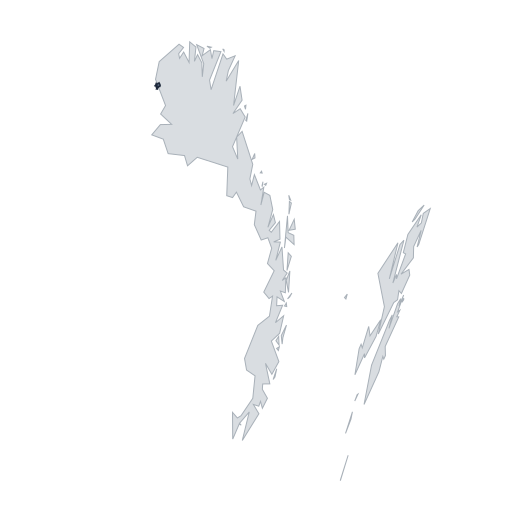 location of Grimstad nor, Aust-Agder, Norway, rotated 109°
{"feature_id": "86288312B29149661311008", "entity_name": "Grimstad nor", "entity_type": "district", "adm_level": 2, "iso_a3": "NOR", "parent_name": "Norway", "parent_adm1": "Aust-Agder", "projection": "equal_earth", "projection_center": [8.556, 58.369], "detail": "fine", "context": "in_parent", "style": "filled", "palette": "slate", "viewbox_px": 512, "rotation_deg": 109, "n_neighbors": 0, "source": "geoboundaries", "source_scale": "gbopen_adm2", "svg_char_len": 5813}
<svg xmlns="http://www.w3.org/2000/svg" viewBox="0 0 512 512"><g transform="rotate(109 256 256)"><path d="M308.5,223.7L288.5,227.3L292.0,229.8L287.6,236.9L264.0,234.0L259.4,242.7L243.5,243.7L234.9,250.7L239.2,256.3L226.9,267.8L213.6,270.6L213.5,283.7L202.0,295.3L208.4,297.2L208.5,303.3L181.1,311.6L181.8,343.7L193.0,350.1L184.3,356.3L187.8,372.4L175.7,381.7L175.4,394.0L162.9,389.2L159.0,378.6L152.8,392.4L143.2,390.5L121.7,408.5L103.7,410.8L80.8,397.7L82.4,392.4L89.9,395.0L94.0,392.6L86.7,390.8L94.8,382.3L75.1,388.4L78.0,380.8L92.0,377.6L84.6,376.8L91.0,370.1L104.1,365.1L91.2,368.0L75.5,380.9L76.7,372.7L84.1,372.1L75.8,366.3L83.7,361.9L75.6,362.8L74.2,355.7L104.8,357.2L113.4,352.6L75.7,353.0L79.4,347.8L73.5,340.9L89.7,342.5L100.4,341.1L76.8,336.0L121.0,326.2L100.7,326.4L113.2,319.9L128.8,324.2L121.9,318.9L128.1,311.5L160.3,313.8L170.3,304.8L149.9,313.0L142.7,309.7L170.4,288.9L185.1,286.9L190.8,283.1L179.6,284.0L192.1,273.3L188.4,271.0L206.2,268.0L193.1,269.0L194.2,262.6L206.6,255.3L225.0,254.1L211.2,253.0L218.2,248.5L227.4,251.9L228.6,249.3L215.7,245.0L232.3,238.8L236.9,243.9L234.9,237.5L253.7,235.9L239.0,234.4L260.3,225.4L262.0,221.0L270.6,223.2L266.9,220.7L281.2,216.3L281.2,221.6L289.8,214.4L287.8,222.8L296.3,220.3L293.9,214.8L312.7,215.9L303.5,210.4L321.4,208.5L331.4,213.8L348.4,200.0L362.7,202.5L354.4,212.1L372.4,201.3L374.8,208.0L380.0,206.6L386.8,198.9L397.9,200.4L392.0,204.4L397.1,204.5L397.2,210.2L404.2,201.9L434.9,208.9L405.6,211.6L419.4,217.1L436.7,218.4L411.5,227.3L415.2,220.9L412.0,218.2L391.6,212.7L369.6,217.9L366.9,227.8L356.6,233.5L321.0,231.7L308.5,223.7ZM224.0,104.4L244.1,106.3L242.3,109.6L251.3,107.9L255.2,110.6L290.0,115.0L262.1,118.1L232.7,135.1L197.3,126.1L234.2,122.5L198.3,123.6L192.9,121.3L237.0,117.8L227.7,117.1L231.8,115.7L205.3,115.2L204.9,117.8L186.1,119.4L163.2,113.2L176.3,113.2L170.9,110.4L161.2,111.7L154.4,106.7L192.1,105.9L195.0,106.6L178.0,108.2L195.7,110.0L206.5,106.6L226.0,113.0L218.9,107.0L224.0,104.4ZM267.1,101.2L299.5,104.4L308.0,101.2L311.9,101.6L309.7,103.4L325.5,102.1L361.2,105.5L321.6,111.2L273.1,108.8L267.3,108.0L281.1,106.7L255.2,106.6L249.2,105.3L256.6,104.5L244.8,103.7L262.6,103.9L260.4,102.3L267.6,103.1L267.1,101.2ZM292.9,116.3L317.0,120.2L313.0,121.6L336.1,123.8L310.1,128.3L305.2,127.9L308.2,125.6L285.9,126.5L294.4,122.2L275.6,117.3L292.9,116.3ZM228.4,233.9L239.2,231.7L207.8,239.3L223.5,233.2L224.1,227.0L232.8,223.7L228.4,233.9ZM244.8,222.5L259.6,222.0L242.5,226.6L244.8,222.5ZM259.1,219.1L279.8,213.4L269.1,219.5L259.1,219.1ZM153.1,113.6L169.2,117.6L173.0,119.4L160.3,117.4L153.1,113.6ZM217.9,227.6L220.9,233.1L208.9,231.8L217.9,227.6ZM330.8,202.6L323.0,206.2L311.4,204.7L324.5,204.0L330.8,202.6ZM332.7,205.2L329.6,209.6L324.6,208.4L332.7,205.2ZM194.4,239.8L205.8,238.5L193.5,242.2L194.4,239.8ZM440.1,103.3L414.4,104.0L441.0,103.1L440.1,103.3ZM379.5,113.1L394.6,113.6L371.9,114.1L379.5,113.1ZM355.9,199.7L364.3,198.7L367.2,199.6L355.9,199.7ZM338.1,204.1L336.7,206.4L334.2,204.4L338.1,204.1ZM293.8,210.5L294.0,212.8L290.6,212.0L293.8,210.5ZM267.4,157.0L266.5,158.8L262.3,157.3L267.4,157.0ZM361.0,115.4L354.1,115.2L353.3,114.6L361.0,115.4ZM163.6,288.9L165.9,291.1L159.5,290.6L163.6,288.9ZM279.3,210.0L283.7,210.8L286.3,212.2L279.3,210.0ZM249.3,102.1L252.3,102.9L247.7,102.6L249.3,102.1ZM131.2,309.8L123.8,310.1L131.5,308.7L131.2,309.8ZM120.7,313.7L117.9,315.7L116.7,314.6L120.7,313.7ZM191.7,242.8L187.9,244.8L191.9,241.4L191.7,242.8ZM74.5,367.3L73.6,370.7L73.1,366.2L74.5,367.3ZM185.5,271.5L183.8,269.7L186.0,269.8L185.5,271.5ZM420.8,214.9L420.3,216.8L419.9,216.5L420.8,214.9ZM187.6,273.2L183.5,273.6L188.4,272.7L187.6,273.2ZM175.6,277.2L176.0,279.0L174.0,278.4L175.6,277.2ZM72.9,352.8L71.0,354.9L71.5,353.2L72.9,352.8Z" fill="#d9dde1" stroke="#a8b0b8" stroke-width="1"/><path d="M126.0,405.8L125.9,405.9L126.0,406.0L125.9,406.0L126.0,406.0L125.9,406.1L126.0,406.1L126.0,406.3L126.3,406.4L126.5,406.3L126.4,406.4L126.5,406.4L126.4,406.4L126.5,406.4L126.8,406.3L126.7,406.4L126.8,406.3L127.0,406.4L127.1,406.2L127.2,406.3L127.2,406.2L127.3,406.2L127.2,406.3L127.3,406.3L127.3,406.2L127.5,406.1L127.4,406.1L127.5,406.0L127.4,406.0L127.5,406.0L127.5,405.9L127.4,405.9L127.3,406.0L127.2,406.0L126.9,406.0L127.0,406.0L127.1,405.9L127.3,405.8L127.2,405.8L127.2,405.7L127.3,405.8L127.4,405.7L127.5,405.4L127.4,405.6L127.4,405.8L127.6,405.7L127.8,405.6L127.7,405.6L127.6,405.4L127.7,405.5L127.8,405.6L128.0,405.4L128.1,405.2L128.3,405.0L128.4,404.9L128.4,405.0L128.4,404.9L128.5,404.9L128.6,404.7L128.8,404.5L128.7,404.6L128.6,404.8L128.5,405.0L128.7,404.9L128.8,404.9L128.7,404.9L128.7,405.0L128.8,405.1L129.0,405.0L128.9,404.9L129.0,404.9L129.0,405.0L129.1,404.9L128.9,404.9L129.0,404.9L129.3,404.8L129.3,404.7L129.5,404.6L129.6,404.4L129.7,404.2L129.7,404.3L129.8,404.3L130.0,404.3L129.9,404.2L130.0,404.2L130.3,404.2L130.2,404.0L130.3,404.0L130.4,403.9L130.3,404.0L130.4,403.9L130.5,403.9L130.3,403.9L130.2,403.9L130.2,403.7L130.0,403.8L129.7,403.8L129.5,403.7L129.4,403.6L129.2,403.6L128.7,403.6L128.6,403.4L128.4,403.3L128.3,403.5L128.0,403.7L127.8,403.6L127.7,403.5L127.6,403.4L127.4,403.2L127.3,402.9L127.1,402.6L127.1,402.3L127.0,402.1L126.9,402.1L126.7,402.2L126.4,402.3L126.2,402.3L126.1,402.2L126.0,402.3L125.9,402.4L125.5,402.4L125.3,402.6L125.2,402.7L124.6,403.2L124.5,403.3L124.3,403.5L124.2,403.7L124.0,403.9L124.3,404.0L124.2,404.1L124.3,404.2L124.2,404.3L124.4,404.5L124.7,404.9L124.9,405.0L125.2,405.1L125.6,405.4L125.9,405.5L126.2,405.6L126.3,405.7L126.1,405.7L126.0,405.8ZM126.3,406.4L126.1,406.4L126.0,406.5L126.3,406.5L126.5,406.5L126.4,406.5L126.5,406.5L126.4,406.5L126.3,406.4ZM127.1,406.4L127.1,406.5L126.9,406.5L127.0,406.5L126.9,406.5L127.0,406.6L126.9,406.6L127.0,406.6L127.3,406.6L127.2,406.6L127.3,406.6L127.2,406.5L127.1,406.4L127.1,406.4Z" fill="#64748b" stroke="#1e293b" stroke-width="1.5"/></g></svg>